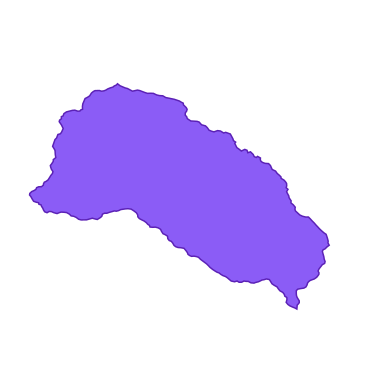 the district of Taipas do Tocantins, Tocantins, Brazil, rotated 294°
{"feature_id": "56859067B89404992716460", "entity_name": "Taipas do Tocantins", "entity_type": "district", "adm_level": 2, "iso_a3": "BRA", "parent_name": "Brazil", "parent_adm1": "Tocantins", "projection": "equal_earth", "projection_center": [-47.012, -12.155], "detail": "fine", "context": "isolated", "style": "filled", "palette": "violet", "viewbox_px": 384, "rotation_deg": 294, "n_neighbors": 0, "source": "geoboundaries", "source_scale": "gbopen_adm2", "svg_char_len": 4240}
<svg xmlns="http://www.w3.org/2000/svg" viewBox="0 0 384 384"><g transform="rotate(294 192 192)"><path d="M199.2,339.0L200.8,336.9L202.5,336.4L204.6,334.7L206.2,333.3L207.9,331.7L208.3,329.4L209.0,327.0L209.6,325.2L210.3,323.3L211.3,321.0L212.2,318.8L213.3,316.5L214.5,313.4L215.6,310.9L216.5,308.5L215.4,306.2L214.8,302.7L214.9,299.7L215.8,297.1L216.8,294.2L218.2,293.0L220.1,292.5L221.5,289.7L222.3,286.8L224.3,286.1L225.2,284.6L226.3,283.0L227.8,282.0L229.1,280.3L230.7,278.3L233.5,278.6L234.2,276.3L236.2,276.0L238.3,274.9L239.4,273.2L240.3,271.2L240.7,267.9L242.0,267.1L242.8,265.1L243.6,262.3L245.1,259.8L245.2,256.1L246.7,254.4L248.1,252.9L249.1,250.4L247.9,247.1L247.7,244.5L248.1,242.5L249.4,241.2L250.9,240.7L251.2,237.4L249.7,236.7L249.6,234.5L251.2,232.6L252.5,229.1L250.6,227.0L252.5,225.3L252.4,222.9L249.5,220.4L250.2,217.9L250.8,214.9L253.8,211.3L255.3,211.6L255.8,209.0L257.3,207.7L260.6,203.4L260.2,198.5L258.8,196.9L259.3,193.2L258.5,190.4L255.9,187.6L255.5,185.3L255.4,182.5L257.0,179.8L257.9,177.4L257.3,173.4L258.8,170.1L258.6,167.9L256.4,162.0L257.1,157.9L258.7,156.4L259.4,154.6L261.6,153.7L263.6,154.2L265.6,153.9L266.8,152.3L268.1,148.8L269.6,147.8L269.7,145.6L270.0,143.4L269.5,138.2L268.4,133.1L267.6,129.6L268.0,126.2L266.8,122.9L266.3,120.2L266.4,116.6L265.2,113.6L264.0,111.2L263.7,108.3L263.4,102.9L262.9,100.7L259.9,96.6L260.3,91.0L259.9,88.6L259.8,83.1L260.6,79.9L259.0,79.4L257.2,77.8L255.7,77.1L253.8,74.9L251.9,73.1L250.0,71.8L248.6,70.4L247.3,68.4L247.0,66.0L245.1,62.1L243.7,61.0L241.5,59.9L238.2,59.4L236.0,58.0L233.9,56.3L228.1,56.4L225.6,57.1L223.0,58.4L221.9,57.1L220.3,56.6L219.4,54.8L219.1,51.7L217.9,49.5L214.1,44.7L211.5,43.1L209.1,43.3L207.7,42.0L205.8,42.9L203.8,41.8L202.2,42.1L200.2,45.4L197.6,48.5L193.7,48.5L191.7,48.1L190.0,46.1L186.2,46.3L184.2,45.5L177.0,46.1L175.4,48.5L174.2,50.0L170.4,52.0L168.0,53.6L165.2,52.1L163.6,52.8L160.4,52.3L158.6,51.8L157.2,52.8L155.5,54.4L154.2,56.6L152.3,57.0L149.7,56.3L147.3,56.0L144.6,55.6L142.5,54.5L140.9,53.1L139.2,53.0L137.7,53.4L135.6,52.3L134.5,49.9L132.8,48.3L130.9,48.3L129.2,47.2L127.2,45.4L124.8,44.4L123.2,44.8L122.3,46.6L120.7,48.7L119.1,51.1L119.3,53.9L119.8,56.2L118.5,57.2L118.9,59.2L117.7,60.4L116.5,62.3L115.3,63.5L114.0,65.4L114.1,68.0L116.1,69.4L116.9,71.5L116.9,74.1L117.4,77.5L119.1,79.1L120.4,80.6L121.4,83.2L122.2,85.8L121.9,89.1L121.0,91.3L121.7,93.8L121.7,96.5L121.0,99.5L121.4,102.1L122.4,104.2L123.7,107.0L125.6,109.3L127.5,111.6L128.0,114.8L128.4,116.7L129.8,117.6L131.5,118.8L133.2,119.5L135.3,119.2L137.0,120.7L138.0,122.9L140.0,125.0L141.7,127.1L143.1,128.7L143.7,130.7L145.2,132.6L146.9,134.0L148.2,136.0L149.4,137.9L150.7,140.3L151.6,143.4L151.1,146.6L150.4,149.6L149.0,151.7L147.3,152.6L146.3,154.7L146.1,157.4L146.0,160.2L145.4,162.8L144.5,164.7L144.2,166.7L142.9,167.9L143.8,170.5L145.0,172.8L145.5,175.8L145.1,178.5L143.6,180.2L142.1,182.5L142.1,184.9L141.7,187.6L139.5,188.9L138.4,190.9L138.5,193.2L137.4,195.3L135.9,197.3L135.4,199.4L135.6,201.8L136.6,204.6L137.3,207.6L136.0,210.3L134.7,212.5L133.4,213.7L133.0,215.7L133.0,217.7L134.2,219.9L134.8,222.3L135.0,224.5L133.9,227.3L133.1,230.9L132.3,234.5L131.3,237.2L130.5,239.0L129.7,242.1L129.2,245.0L128.9,247.5L129.1,249.6L128.5,251.8L128.2,254.2L128.4,257.0L128.0,259.3L127.4,261.2L126.6,264.0L127.3,267.4L129.0,269.4L128.7,271.7L129.8,274.1L131.8,275.7L132.3,277.6L133.2,279.8L133.0,282.8L134.0,285.7L135.3,287.0L137.0,289.2L138.6,290.6L140.0,291.7L141.2,293.5L142.8,295.3L143.5,298.3L142.0,300.5L140.7,302.4L140.2,305.0L139.9,308.3L138.6,310.3L137.5,312.5L137.2,315.8L135.9,318.1L134.6,319.1L134.2,321.5L132.6,322.4L131.0,322.7L129.5,322.9L128.3,325.3L127.8,327.7L127.8,330.6L127.9,333.3L127.7,335.4L129.8,334.7L131.4,334.1L132.8,334.6L134.5,335.0L136.2,334.2L137.3,332.6L138.4,331.0L139.7,329.7L141.2,328.8L142.9,328.0L144.4,327.4L146.3,328.2L147.8,330.3L149.7,333.3L151.6,334.7L153.8,334.9L156.0,334.6L157.5,335.0L159.2,335.9L160.8,337.5L162.3,339.1L164.8,340.6L166.8,341.1L168.3,341.4L169.8,340.9L171.1,339.3L173.1,339.3L175.0,339.7L176.5,340.1L178.6,340.6L180.7,342.2L182.6,341.9L184.4,340.1L186.3,338.9L187.8,337.7L189.3,336.4L190.9,335.2L192.6,335.3L194.2,336.7L196.8,337.7L199.2,339.0Z" fill="#8b5cf6" stroke="#5b21b6" stroke-width="1.5"/></g></svg>